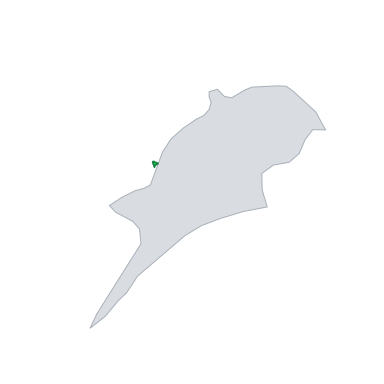 Meneou, Larnaca, Cyprus (highlighted), rotated 157°
{"feature_id": "46923920B15655385768829", "entity_name": "Meneou", "entity_type": "district", "adm_level": 2, "iso_a3": "CYP", "parent_name": "Cyprus", "parent_adm1": "Larnaca", "projection": "robinson", "projection_center": [33.605, 34.857], "detail": "fine", "context": "in_parent", "style": "filled", "palette": "green", "viewbox_px": 384, "rotation_deg": 157, "n_neighbors": 0, "source": "geoboundaries", "source_scale": "gbopen_adm2", "svg_char_len": 1698}
<svg xmlns="http://www.w3.org/2000/svg" viewBox="0 0 384 384"><g transform="rotate(157 192 192)"><path d="M270.0,202.9L273.4,211.8L258.6,214.5L243.7,215.4L235.4,214.2L227.6,214.7L203.4,240.4L190.4,249.1L174.9,254.3L159.1,257.4L151.2,257.8L144.2,261.1L139.3,267.0L139.1,272.8L137.0,277.6L128.4,276.6L124.8,267.3L118.6,263.2L103.3,265.3L95.8,265.1L71.3,256.1L63.9,252.5L59.3,244.9L46.8,217.3L44.8,197.0L56.5,202.2L67.5,195.9L78.2,185.6L90.8,181.4L98.6,183.2L106.4,185.0L120.5,181.8L126.6,166.5L128.6,148.9L152.4,154.0L176.4,156.6L196.1,157.4L215.6,154.6L275.0,135.8L291.9,124.6L302.3,120.8L320.3,111.5L339.2,106.4L327.1,117.1L259.2,164.3L254.8,178.3L257.9,188.0L267.4,199.8L270.0,202.9Z" fill="#d9dde1" stroke="#a8b0b8" stroke-width="1"/><path d="M216.8,229.5L216.7,229.6L216.5,229.9L216.3,230.1L216.0,230.3L215.8,230.5L215.7,230.6L215.5,230.8L215.4,230.8L215.2,230.9L214.9,230.9L214.6,230.9L214.5,231.0L214.4,231.1L214.2,231.3L214.0,231.2L213.9,231.1L213.6,231.1L213.5,231.3L213.1,231.4L212.8,231.4L212.6,231.4L212.4,231.3L212.2,231.4L212.2,231.5L212.2,232.0L212.3,232.1L212.5,232.3L212.8,232.4L213.0,232.4L213.3,232.5L213.3,232.8L213.3,233.0L213.5,233.2L213.6,233.3L213.8,233.4L214.1,233.5L214.4,233.8L214.4,234.0L214.5,234.1L214.8,234.3L214.8,234.5L215.0,234.8L215.0,235.0L215.4,235.1L215.5,235.2L215.8,235.3L216.0,235.3L216.2,235.2L216.3,235.2L216.5,234.9L216.6,234.7L216.8,234.5L216.8,234.4L216.7,234.3L216.7,234.1L216.5,233.8L216.6,233.7L216.6,233.3L216.8,233.1L217.0,232.9L216.9,232.6L216.6,232.3L216.6,232.1L216.6,231.8L216.6,231.6L216.8,231.3L216.9,231.0L216.9,230.8L217.0,230.7L217.0,230.4L217.0,230.0L217.0,229.8L216.8,229.5Z" fill="#22c55e" stroke="#15803d" stroke-width="1.5"/></g></svg>